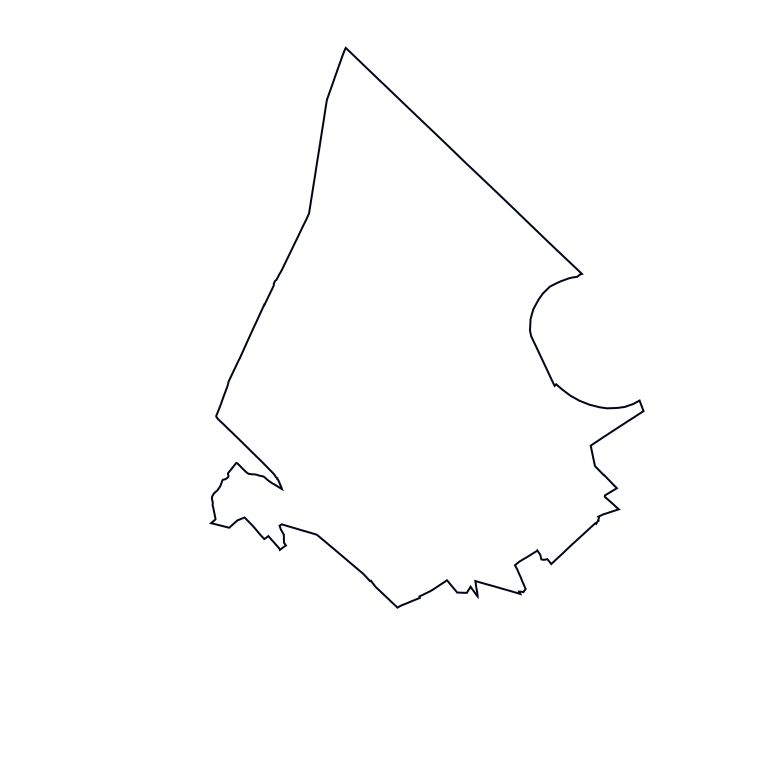 the district of Atenco, México, Mexico, rotated 133°
{"feature_id": "50627088B50781851998453", "entity_name": "Atenco", "entity_type": "district", "adm_level": 2, "iso_a3": "MEX", "parent_name": "Mexico", "parent_adm1": "México", "projection": "equal_earth", "projection_center": [-98.95, 19.543], "detail": "fine", "context": "isolated", "style": "outline", "palette": "ink", "viewbox_px": 768, "rotation_deg": 133, "n_neighbors": 0, "source": "geoboundaries", "source_scale": "gbopen_adm2", "svg_char_len": 5170}
<svg xmlns="http://www.w3.org/2000/svg" viewBox="0 0 768 768"><g transform="rotate(133 384 384)"><path d="M226.8,175.7L224.3,180.8L221.8,185.8L228.7,188.1L231.1,189.4L236.5,192.2L241.8,196.5L245.8,200.4L249.7,204.3L254.0,210.5L259.0,219.6L262.8,229.2L265.4,239.4L266.5,250.0L266.8,257.9L269.0,257.9L266.4,264.7L261.5,276.8L258.3,284.8L253.5,296.8L248.7,308.9L245.2,313.9L242.8,315.8L236.7,321.0L232.1,323.4L227.6,325.7L223.9,326.7L216.4,328.6L209.5,329.5L204.6,329.3L199.7,329.1L193.6,326.9L188.2,324.7L180.4,320.7L178.7,319.5L177.1,318.5L175.4,317.0L173.6,315.7L170.2,315.3L168.5,314.3L168.4,321.6L168.3,337.8L168.2,347.8L168.1,359.8L167.7,385.1L167.2,413.3L166.9,437.1L166.7,458.7L166.6,476.0L166.3,489.6L165.9,514.7L165.8,526.4L165.7,536.4L165.5,550.7L165.4,560.7L165.2,574.0L165.0,586.3L165.0,594.8L164.9,598.3L164.7,613.1L164.3,638.3L164.3,641.2L167.1,640.3L172.3,638.2L178.0,635.7L183.6,633.3L187.9,631.4L193.7,628.9L197.9,627.0L205.3,623.8L209.7,621.9L215.0,619.6L218.5,617.3L225.0,612.9L232.4,607.8L238.1,604.0L242.5,601.0L248.9,596.7L255.3,592.3L261.6,588.1L267.1,584.4L273.3,580.2L280.9,575.0L285.6,571.9L291.2,568.1L297.4,563.9L305.4,558.5L310.6,555.0L312.2,554.6L315.7,553.3L324.1,550.8L329.5,549.1L336.8,546.8L342.1,545.2L347.2,543.6L355.3,541.1L359.5,539.8L364.7,538.2L370.5,536.4L374.0,535.6L375.7,535.2L378.1,534.5L381.1,533.7L382.9,534.0L385.8,533.0L385.9,532.9L386.4,532.4L386.9,532.0L387.3,531.8L387.7,531.6L388.3,531.4L393.4,529.8L400.5,527.6L407.6,525.4L407.6,525.7L411.2,524.5L418.4,522.1L425.6,519.7L432.8,517.4L436.3,516.2L443.5,513.8L450.7,511.4L455.0,509.9L463.6,507.0L468.1,505.7L474.3,503.7L479.7,502.0L485.0,500.3L488.8,499.1L490.0,498.2L492.4,497.0L499.6,494.0L504.8,491.8L511.4,488.9L521.8,484.9L522.3,484.3L522.9,481.4L522.9,479.9L522.9,477.6L522.9,473.4L523.1,467.3L523.1,463.7L523.1,463.1L523.2,458.5L523.3,452.2L523.4,450.9L523.4,447.0L523.5,446.2L523.5,444.9L523.7,438.0L523.8,436.2L523.9,430.6L524.0,427.5L524.1,422.0L524.2,419.8L524.5,412.0L524.7,408.4L524.8,406.2L524.8,405.8L525.1,401.8L525.9,399.7L525.6,397.7L526.0,397.5L526.3,397.3L526.4,395.7L529.2,389.4L530.4,387.0L530.7,388.2L531.1,390.0L531.7,393.0L532.4,396.6L532.8,397.8L532.9,398.6L533.2,400.6L533.5,402.9L533.6,405.1L533.7,407.7L533.7,408.6L534.2,409.7L535.0,410.9L535.7,412.1L537.5,415.7L537.7,416.1L538.8,417.5L539.9,418.7L540.5,419.6L541.2,420.5L541.7,421.3L542.1,422.1L542.4,424.3L542.4,427.3L542.4,428.2L542.3,430.7L542.2,432.6L542.1,434.2L542.1,435.6L542.0,437.1L542.2,437.4L542.5,438.2L550.0,437.6L554.8,437.3L555.7,437.2L556.3,436.6L557.0,435.5L557.3,435.0L557.9,434.7L558.6,434.5L559.4,434.5L561.9,435.1L563.0,435.9L563.7,436.4L564.2,436.5L564.8,436.4L569.5,434.4L570.8,434.0L572.3,433.7L573.1,433.7L573.8,433.5L575.6,433.3L577.5,433.5L578.3,433.6L579.8,433.7L580.8,433.6L581.6,433.4L582.2,433.3L583.5,432.9L584.6,432.3L585.5,431.3L587.4,428.5L588.1,427.7L589.1,427.0L589.6,426.7L590.6,425.0L597.5,415.3L598.1,414.9L603.7,415.5L599.2,407.4L594.7,399.2L587.2,398.5L583.5,398.1L576.7,394.9L577.3,382.4L578.8,370.1L578.8,368.8L579.1,365.8L578.6,365.7L576.9,365.3L574.3,364.8L574.1,364.8L575.7,348.2L576.3,347.0L572.2,346.3L569.0,345.6L568.3,348.9L565.4,351.7L562.5,354.5L561.9,356.5L560.9,359.7L560.9,359.9L558.9,363.7L556.3,363.0L554.0,358.3L549.8,349.9L546.3,342.8L546.2,342.7L542.8,336.0L541.5,333.2L541.3,333.0L540.1,330.4L540.0,330.2L539.6,322.3L539.5,321.8L539.4,319.4L539.2,315.0L539.2,314.7L539.1,312.4L538.8,308.0L538.5,301.0L538.4,298.9L538.4,298.7L538.3,297.6L538.0,290.9L537.9,288.7L537.5,280.4L537.2,274.0L537.1,272.3L537.0,270.6L537.0,270.4L537.1,268.0L537.3,264.8L537.7,259.7L536.8,259.3L536.9,259.1L538.1,251.8L538.1,251.7L538.2,237.2L538.2,233.1L538.3,231.9L538.3,229.2L538.3,222.2L538.4,221.7L533.7,220.1L530.2,218.4L523.1,215.2L516.0,211.9L515.1,213.2L513.0,212.3L504.6,209.1L501.5,208.1L496.0,206.8L492.3,205.9L484.6,204.0L486.6,188.2L480.3,181.0L473.2,182.4L473.4,181.7L475.4,171.6L475.5,170.7L474.0,172.3L472.0,174.8L470.3,177.2L465.8,182.8L461.6,174.5L456.8,165.3L452.3,156.4L448.8,149.6L444.6,141.1L443.7,143.6L442.5,142.2L441.1,140.1L437.3,140.7L434.8,146.4L433.7,148.9L432.1,152.2L430.5,156.2L428.7,160.2L427.3,164.6L425.0,164.3L421.8,163.9L416.5,162.4L416.2,162.3L412.3,161.1L405.8,159.4L401.5,158.2L401.2,158.3L402.2,153.7L402.5,153.0L404.9,149.3L404.3,148.1L402.9,146.6L400.7,145.1L400.8,144.5L401.5,139.2L401.6,138.9L386.4,137.8L379.3,137.4L375.8,137.2L375.4,137.2L373.5,137.0L372.5,137.0L370.8,136.8L364.6,136.3L360.7,136.0L352.2,135.3L345.1,134.8L341.7,134.5L341.6,133.4L338.3,134.2L338.0,133.8L337.6,133.8L337.2,134.6L335.2,135.6L335.0,136.8L332.6,135.8L330.9,135.2L330.1,134.8L329.9,134.8L329.4,134.6L329.0,134.2L324.4,131.7L320.6,129.6L316.7,127.5L315.8,127.0L315.5,126.8L315.6,130.6L315.6,133.0L315.6,134.0L315.7,138.5L315.8,141.3L315.9,144.1L315.9,145.6L314.7,146.4L307.0,144.2L304.2,143.4L301.4,142.6L301.3,144.0L301.2,147.4L301.1,149.3L300.7,156.8L300.5,161.2L300.8,161.3L300.1,173.8L299.2,175.1L293.7,182.9L290.0,188.1L288.1,190.8L283.5,189.7L281.4,189.2L273.4,187.3L265.7,185.4L260.0,184.0L253.9,182.5L249.6,181.4L246.6,180.7L241.6,179.4L238.1,178.5L226.8,175.7Z" fill="none" stroke="#020617" stroke-width="2"/></g></svg>